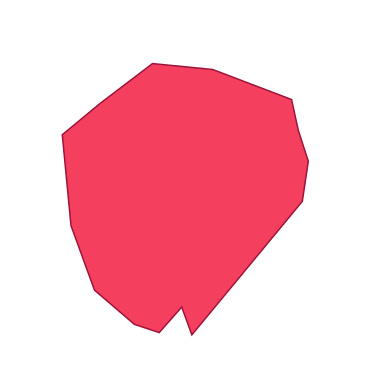 SVG path tracing the border of Saint David, rotated 340°
{"feature_id": "GRD-5071", "entity_name": "Saint David", "entity_type": "Parish", "adm_level": 1, "iso_a3": "GRD", "parent_name": "Grenada", "parent_adm1": "", "projection": "robinson", "projection_center": [-61.661, 12.056], "detail": "fine", "context": "isolated", "style": "filled", "palette": "rose", "viewbox_px": 384, "rotation_deg": 340, "n_neighbors": 0, "source": "natural_earth", "source_scale": "10m", "svg_char_len": 343}
<svg xmlns="http://www.w3.org/2000/svg" viewBox="0 0 384 384"><g transform="rotate(340 192 192)"><path d="M317.2,139.2L313.0,170.3L311.8,202.9L292.5,238.5L143.0,326.2L143.0,296.6L113.1,312.9L92.6,296.7L66.8,250.9L66.8,182.1L89.7,93.8L135.7,77.4L198.8,57.8L253.4,84.0L317.2,139.2Z" fill="#f43f5e" stroke="#9f1239" stroke-width="1.5"/></g></svg>